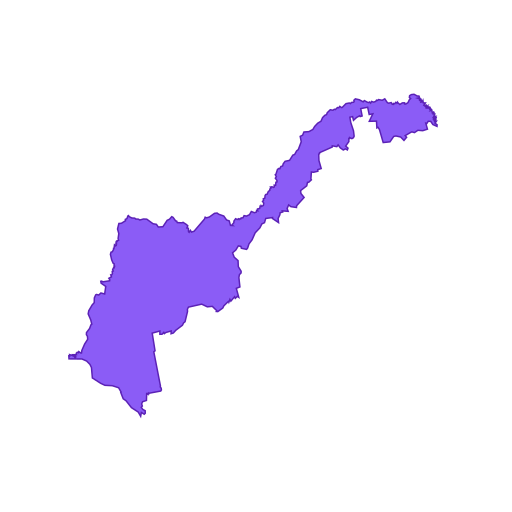 Santa Ana, Magdalena, Colombia (Robinson projection), rotated 349°
{"feature_id": "7082276B74348291748480", "entity_name": "Santa Ana", "entity_type": "district", "adm_level": 2, "iso_a3": "COL", "parent_name": "Colombia", "parent_adm1": "Magdalena", "projection": "robinson", "projection_center": [-74.196, 9.504], "detail": "fine", "context": "isolated", "style": "filled", "palette": "violet", "viewbox_px": 512, "rotation_deg": 349, "n_neighbors": 0, "source": "geoboundaries", "source_scale": "gbopen_adm2", "svg_char_len": 6121}
<svg xmlns="http://www.w3.org/2000/svg" viewBox="0 0 512 512"><g transform="rotate(349 256 256)"><path d="M112.2,391.3L113.6,387.7L116.1,390.0L117.3,389.2L117.7,386.7L115.6,385.0L114.5,382.6L115.8,381.6L115.5,379.4L116.8,377.4L120.9,376.9L122.4,370.3L123.1,370.9L124.0,370.0L124.3,371.0L124.7,370.3L136.7,370.4L137.6,369.4L137.7,367.6L137.0,366.2L137.4,365.4L137.4,330.5L138.8,329.8L139.4,311.9L147.3,311.3L146.7,314.5L148.8,314.9L150.9,313.4L151.2,314.7L152.9,313.9L158.4,313.4L157.8,316.1L160.2,315.8L163.1,313.6L170.6,309.9L172.2,307.8L173.8,307.0L178.2,297.4L178.5,295.2L179.9,293.3L193.5,292.9L198.5,296.6L203.5,297.1L207.2,302.4L206.6,302.9L207.9,303.3L213.5,300.7L214.9,298.8L219.6,295.7L220.5,295.3L220.6,296.1L222.1,293.6L222.7,295.5L227.2,291.9L227.6,293.6L229.9,292.1L231.2,293.3L230.5,284.0L234.3,283.3L235.1,273.8L236.2,271.1L238.1,269.8L238.5,268.1L236.6,263.1L237.5,257.1L234.4,253.0L233.6,248.4L237.3,246.3L240.6,242.7L243.0,243.7L243.1,245.6L248.0,247.7L249.3,246.6L251.4,242.8L255.2,239.4L259.6,233.1L265.2,229.1L267.9,225.6L270.7,224.9L272.7,221.0L279.6,221.4L279.3,222.3L284.5,227.5L284.9,223.3L287.3,220.1L287.9,218.2L290.6,217.9L290.4,216.7L296.1,218.3L295.6,215.3L297.8,212.1L299.6,214.2L305.0,216.1L305.5,214.4L314.4,207.7L312.0,203.1L312.3,200.3L319.2,196.8L320.6,193.5L321.8,193.7L324.9,191.8L324.6,190.8L326.4,184.1L328.4,184.8L332.9,184.6L333.1,183.0L336.7,182.6L336.0,174.3L337.0,168.0L337.9,167.7L338.1,166.7L351.6,163.6L351.9,162.4L356.2,164.1L357.8,162.6L359.4,166.0L361.9,168.6L364.3,167.9L365.9,169.3L366.9,167.7L365.0,165.2L369.0,161.4L369.5,158.4L370.2,158.6L370.5,157.6L372.5,159.1L374.2,158.5L375.2,157.1L375.6,151.7L374.5,143.2L374.6,137.7L377.4,137.6L377.6,141.4L381.2,139.2L384.6,138.1L384.9,139.0L386.9,138.8L386.9,131.3L394.0,131.3L394.1,138.7L397.8,138.7L392.9,145.4L400.0,146.6L399.1,153.3L400.3,152.9L401.3,155.4L402.5,168.9L409.3,169.5L414.0,164.9L416.3,164.9L420.7,166.8L423.3,170.8L426.5,168.2L425.4,166.3L431.7,164.1L432.7,163.9L435.1,165.1L438.9,163.5L443.6,164.8L448.5,164.2L448.0,158.0L449.0,158.5L450.8,156.6L453.2,157.2L454.7,160.7L458.4,163.3L458.8,161.7L457.1,159.8L458.6,158.3L457.2,158.4L457.0,157.9L458.5,156.8L458.0,156.4L457.1,157.1L456.5,156.3L458.3,156.2L459.1,154.8L456.6,155.0L456.3,154.2L458.1,154.2L459.2,153.2L457.2,152.8L458.6,150.8L457.8,150.6L458.0,149.6L457.2,150.0L457.5,148.7L456.4,149.1L456.4,146.6L454.9,146.6L456.1,145.5L455.7,145.1L455.0,145.7L454.5,145.1L454.6,144.4L455.4,144.4L455.1,143.1L454.6,142.9L454.2,144.0L453.6,142.7L452.9,143.6L451.6,143.3L453.0,141.5L451.5,142.1L452.2,139.8L450.7,141.3L449.5,140.0L451.5,138.1L449.4,137.6L449.5,135.3L448.7,136.4L447.5,136.4L448.1,135.7L446.9,134.9L448.0,134.6L447.8,133.3L447.2,133.0L447.3,133.7L446.4,134.0L446.4,132.8L444.8,131.9L446.8,131.8L446.5,130.1L444.8,129.7L442.0,127.4L439.3,127.2L437.4,127.9L436.8,129.6L437.8,131.0L436.5,131.7L434.4,134.5L432.0,135.4L430.9,135.1L431.1,134.0L428.9,133.6L426.1,134.7L424.6,132.7L423.8,132.9L424.0,132.1L423.4,132.5L422.5,131.8L421.3,133.0L420.1,132.5L419.8,133.4L418.7,133.1L418.0,131.2L415.3,131.3L414.2,130.5L412.4,126.3L409.6,127.2L406.1,125.8L405.0,126.5L404.0,126.0L403.0,127.1L400.8,127.4L398.9,126.3L397.7,127.8L396.8,126.5L396.0,126.9L394.8,126.4L392.0,124.1L390.6,125.1L387.2,122.3L383.5,120.7L381.8,121.8L381.8,123.2L381.0,123.7L379.0,123.5L377.7,124.4L376.8,123.6L373.4,123.6L369.0,126.6L368.2,126.6L366.8,125.1L365.5,126.3L364.3,125.8L361.8,127.4L360.9,126.9L359.3,127.6L356.8,126.6L353.3,128.9L352.2,130.7L350.4,131.0L347.8,132.8L345.5,136.1L341.9,137.4L338.3,140.0L336.0,142.6L331.7,144.0L326.7,143.4L324.8,146.3L322.2,147.0L322.2,152.5L317.8,159.6L315.9,160.6L313.3,163.7L311.4,164.0L307.2,168.5L302.6,168.6L300.3,170.7L299.3,172.7L297.5,172.9L296.0,174.9L295.2,174.4L293.6,175.1L291.2,179.5L290.4,179.9L291.1,182.0L289.8,183.3L291.0,185.8L290.7,187.3L289.6,187.4L288.7,190.4L287.4,189.9L287.1,191.7L286.3,192.0L284.9,191.1L283.3,191.1L283.7,192.1L282.3,193.0L282.1,194.2L280.4,195.0L278.7,197.5L277.3,197.5L276.5,198.3L275.6,201.0L274.1,201.2L274.0,202.9L272.8,203.6L273.7,205.5L272.9,207.8L271.0,208.3L270.7,207.7L270.5,208.3L269.6,207.8L268.7,210.0L266.5,210.1L266.4,211.0L265.6,211.2L266.0,211.8L265.3,211.6L264.6,213.0L262.7,213.2L259.9,211.4L257.5,214.2L254.3,215.0L252.0,214.1L250.5,216.0L248.6,215.8L248.1,216.7L246.8,216.4L246.3,216.9L245.9,216.1L244.5,216.6L243.1,215.5L241.0,217.5L240.6,219.1L238.2,221.0L238.8,221.6L236.8,221.1L236.4,216.4L234.0,215.0L232.0,210.6L227.4,207.9L226.0,206.4L223.4,206.2L217.7,208.8L214.8,209.1L213.5,208.2L212.5,209.9L199.9,219.9L197.2,220.2L196.5,218.3L194.9,220.0L194.4,219.3L194.9,215.9L193.5,215.3L194.8,213.3L193.7,211.8L190.8,209.0L189.7,209.3L185.1,208.2L184.8,206.6L183.8,206.2L182.0,202.3L180.8,201.3L178.1,203.4L175.6,204.0L170.2,209.5L165.6,208.9L164.3,205.9L161.1,204.7L155.8,199.0L152.6,198.2L148.8,198.5L147.6,197.4L144.9,196.7L144.2,195.7L141.4,195.0L138.8,193.0L138.6,192.0L137.9,192.2L136.4,194.7L134.7,195.1L134.6,196.5L130.1,198.2L127.6,197.9L125.2,203.1L125.6,207.8L124.0,212.4L124.1,214.4L122.5,214.6L122.4,215.2L121.8,214.9L121.2,215.7L121.4,217.4L120.8,217.4L120.8,219.0L120.0,219.3L119.2,218.1L118.2,221.2L117.6,221.3L117.6,222.1L115.8,224.4L114.4,224.6L113.4,226.6L113.6,232.3L114.4,235.9L115.3,236.7L114.8,238.6L115.3,239.0L114.6,240.4L114.2,240.0L112.7,241.9L113.0,243.5L111.9,243.7L111.7,245.9L110.4,247.3L109.9,247.0L110.1,248.9L107.3,249.8L107.9,251.2L107.6,252.4L100.6,252.1L99.8,251.2L98.8,251.2L98.8,253.2L102.7,257.2L100.2,264.4L96.7,262.7L94.2,264.3L92.1,263.3L91.2,263.6L89.3,266.3L88.3,270.9L85.8,272.8L81.4,277.8L80.2,280.8L81.6,287.3L81.8,291.6L80.9,292.0L78.8,295.4L75.0,298.8L74.5,300.8L75.2,302.7L74.9,305.6L71.0,309.7L67.0,315.5L66.2,317.9L65.3,317.7L63.8,316.0L63.2,317.0L62.2,316.4L61.0,317.2L61.0,318.6L57.9,318.0L59.8,320.0L59.9,320.7L59.0,321.3L58.2,319.6L54.2,317.2L54.0,318.6L53.2,318.3L52.8,321.3L65.5,323.9L69.7,326.8L72.3,330.7L73.2,334.1L72.1,344.5L79.2,351.3L83.0,354.1L90.2,355.9L96.0,359.1L97.6,363.8L97.2,364.1L98.4,370.8L100.8,373.3L104.8,381.1L110.6,386.7L112.2,391.3Z" fill="#8b5cf6" stroke="#5b21b6" stroke-width="1.5"/></g></svg>